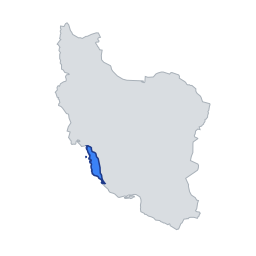 where Bushehr sits in Iran, rotated 16°
{"feature_id": "IRN-3210", "entity_name": "Bushehr", "entity_type": "Province", "adm_level": 1, "iso_a3": "IRN", "parent_name": "Iran", "parent_adm1": "", "projection": "mercator", "projection_center": [51.169, 28.786], "detail": "fine", "context": "in_parent", "style": "filled", "palette": "blue", "viewbox_px": 256, "rotation_deg": 16, "n_neighbors": 0, "source": "natural_earth", "source_scale": "10m", "svg_char_len": 5766}
<svg xmlns="http://www.w3.org/2000/svg" viewBox="0 0 256 256"><g transform="rotate(16 128 128)"><path d="M130.4,73.7L133.1,73.8L138.0,72.1L138.4,71.8L139.9,68.4L141.6,66.9L144.6,65.0L146.5,64.5L153.2,64.7L153.7,63.3L154.8,62.6L162.1,63.0L163.2,64.1L163.6,66.0L169.6,67.7L170.9,68.3L172.4,69.8L173.6,70.1L175.1,69.5L176.1,69.9L177.7,69.5L182.4,71.6L183.0,73.8L183.9,74.8L184.9,75.7L188.6,77.3L189.7,78.3L192.4,82.2L199.9,82.1L200.4,83.0L200.3,84.7L200.8,88.7L200.3,90.1L201.2,91.4L201.1,93.9L201.5,95.6L200.6,98.0L199.7,98.5L200.2,100.6L199.5,102.6L199.6,103.4L198.4,105.1L198.3,105.8L196.1,107.3L197.7,109.7L195.3,109.8L193.8,112.3L194.2,115.2L193.8,116.7L194.1,117.6L194.7,118.2L197.9,118.7L198.0,119.1L194.5,123.4L194.7,125.0L197.1,133.6L196.7,137.8L197.0,142.1L205.1,143.4L206.1,144.5L206.6,146.9L206.6,148.7L206.3,149.6L197.3,160.5L201.9,165.9L202.0,167.1L204.8,172.3L207.4,175.0L211.8,176.4L213.9,178.4L215.7,178.3L215.6,181.0L216.3,186.5L215.7,189.0L217.3,189.5L219.7,189.1L220.5,189.6L221.0,190.5L220.4,191.0L220.5,193.2L219.9,193.6L219.6,195.7L216.0,195.7L212.7,196.6L211.4,197.4L210.7,198.8L209.6,198.7L209.3,199.2L206.9,200.2L206.1,204.3L205.2,205.3L204.5,211.2L203.9,211.3L202.8,212.3L195.5,210.3L194.8,208.9L194.1,208.7L193.0,210.0L189.4,209.2L188.1,209.5L187.4,209.1L185.4,209.0L183.9,208.2L179.9,208.9L177.5,207.4L175.0,207.0L171.8,207.0L169.2,206.0L167.9,206.4L167.3,205.6L163.4,204.9L162.2,202.2L162.1,200.9L161.2,198.7L160.9,195.3L160.0,192.9L158.4,190.9L154.0,189.7L151.7,190.3L150.0,191.5L147.2,192.1L145.0,194.3L143.7,194.2L138.6,197.2L137.5,197.2L133.6,195.1L131.9,194.8L128.4,194.8L126.5,193.5L126.0,192.5L121.4,190.3L118.6,188.4L117.8,186.5L116.5,185.2L113.8,184.1L112.2,182.9L108.0,182.5L105.0,179.6L105.0,178.6L103.2,175.4L102.9,173.0L102.5,172.4L101.0,171.4L100.8,170.8L101.1,169.3L99.2,168.4L98.9,167.7L98.9,165.4L94.3,159.8L93.3,156.7L92.5,156.6L88.4,158.6L87.1,157.5L83.5,155.5L83.0,154.7L83.9,154.4L84.8,154.7L85.4,154.3L85.2,153.6L84.3,153.2L83.0,153.3L83.4,153.9L82.2,154.5L81.9,155.3L82.2,157.6L81.7,158.2L79.8,158.6L78.6,159.3L77.5,158.5L77.2,156.8L76.5,155.7L75.5,155.3L74.8,154.3L73.5,153.7L73.5,147.8L70.3,147.7L70.3,143.2L71.7,138.7L68.6,134.7L67.3,131.6L66.5,131.0L64.9,131.1L59.6,126.9L57.7,125.8L55.1,125.5L54.8,124.0L55.5,122.3L54.2,120.2L53.9,119.5L52.8,119.3L52.9,117.9L51.5,118.0L49.0,114.3L48.2,113.7L49.6,110.9L48.6,108.6L49.2,106.6L50.6,106.7L50.9,104.1L53.3,101.4L55.3,100.2L55.5,99.4L55.1,97.9L53.8,96.1L54.0,94.5L54.4,93.7L56.6,92.9L56.7,92.5L55.7,92.0L51.9,92.0L49.8,90.1L47.9,89.7L46.7,85.6L46.4,85.1L45.5,84.9L44.9,84.2L44.6,81.5L43.3,80.3L42.1,76.2L42.1,75.2L42.4,74.3L40.3,72.6L40.0,69.8L40.4,69.2L38.0,67.2L36.9,67.1L36.8,66.8L38.4,62.6L39.1,61.6L37.6,60.9L37.6,58.8L37.2,57.1L37.4,55.4L36.4,54.2L36.1,53.4L36.5,51.5L35.5,50.6L35.0,48.6L38.5,48.1L39.2,45.0L40.4,43.7L42.6,45.2L45.8,50.2L47.6,51.6L49.0,53.3L55.7,55.0L57.1,54.4L59.4,54.5L62.3,51.5L63.6,51.1L67.0,48.1L71.2,45.3L73.3,44.8L76.5,48.4L74.7,49.5L74.4,50.3L74.6,51.2L76.0,52.1L76.2,53.1L75.7,53.6L73.8,54.2L73.3,55.2L75.3,56.8L76.3,58.1L77.4,58.5L79.1,60.6L81.7,60.3L82.3,65.5L83.8,69.7L86.6,71.5L93.9,72.9L94.7,73.7L95.9,76.0L97.8,77.7L103.4,80.9L109.6,82.5L113.8,82.4L129.0,78.7L130.4,78.7L128.1,79.6L129.0,80.0L131.0,80.0L131.4,79.6L131.5,79.0L130.4,73.7ZM152.4,192.7L151.5,194.0L150.1,195.1L149.1,194.8L145.0,196.4L143.9,196.3L143.7,195.8L148.2,193.9L148.5,193.4L148.2,192.4L149.6,192.8L151.3,192.0L152.6,191.8L153.2,192.4L152.4,192.7Z" fill="#d9dde1" stroke="#a8b0b8" stroke-width="1"/><path d="M118.5,188.4L117.7,188.0L117.5,187.8L117.5,187.6L117.8,187.4L118.0,187.4L118.4,187.4L118.5,187.3L118.4,187.0L118.3,186.9L117.9,186.7L117.7,186.6L117.5,186.1L117.4,186.0L116.7,185.2L116.4,185.0L116.0,184.8L114.3,184.5L113.9,184.3L112.8,183.2L112.5,183.0L112.1,182.8L111.6,182.8L110.9,182.8L110.6,182.7L110.2,182.7L109.9,182.8L109.3,182.9L108.9,182.8L108.1,182.7L107.9,182.6L107.8,182.4L107.5,182.3L107.1,182.2L106.9,181.9L106.7,181.6L106.4,181.4L106.4,181.7L106.2,181.7L106.0,181.1L105.8,180.8L105.6,180.4L105.3,179.8L105.1,179.7L104.9,179.5L104.8,179.2L105.1,178.6L105.0,178.4L104.8,178.0L104.5,177.7L104.4,177.6L104.1,177.1L103.7,176.7L103.1,175.1L103.0,174.8L103.0,173.4L102.9,172.9L102.6,172.5L102.4,172.2L102.1,172.0L101.7,171.9L101.3,171.9L101.1,171.9L101.0,171.7L100.9,171.5L100.5,170.9L100.4,170.7L100.4,170.4L100.4,170.2L100.6,170.0L100.8,170.1L101.0,170.3L101.1,170.5L101.3,170.6L101.3,170.4L101.3,170.2L101.5,170.0L101.6,169.9L101.6,169.7L101.6,169.4L101.5,169.2L101.3,169.3L101.3,169.0L101.2,168.9L100.9,168.8L100.8,168.6L100.5,168.4L99.8,168.5L99.6,168.5L99.3,168.6L99.1,168.6L98.9,168.4L98.8,168.1L98.8,167.9L98.8,167.7L98.9,167.4L99.0,167.2L99.2,167.3L99.3,166.9L99.2,166.8L99.1,166.7L99.1,166.2L99.1,165.8L99.0,165.3L99.0,165.0L98.8,164.8L98.7,164.6L98.5,164.8L98.4,164.7L98.2,164.3L97.7,163.9L97.6,163.7L97.4,163.3L97.0,163.0L96.5,162.8L96.4,162.6L96.3,162.4L96.2,162.2L95.9,161.9L95.7,161.5L95.2,160.7L95.0,160.4L94.8,160.2L94.4,160.0L94.0,159.6L94.0,159.4L94.0,159.2L93.9,159.1L94.1,159.1L94.1,158.9L93.9,158.9L94.0,158.5L93.8,157.9L93.9,157.6L93.7,157.5L93.6,157.3L93.5,157.0L93.4,156.9L93.4,156.7L93.2,156.6L93.8,156.3L94.7,156.1L95.3,156.4L96.8,156.5L97.9,156.9L98.3,157.2L98.4,157.3L98.4,157.9L98.7,158.7L99.2,159.2L99.8,160.4L100.3,160.6L102.5,160.7L103.8,161.2L104.4,161.9L105.0,163.1L105.6,164.2L106.3,164.8L107.0,165.1L107.9,165.9L112.2,174.1L112.4,175.0L113.8,179.0L114.1,179.4L114.5,179.6L114.8,179.8L115.6,180.7L116.9,183.6L118.1,185.2L119.4,186.3L121.3,187.7L120.9,188.0L120.3,188.0L119.8,187.9L119.7,187.9L119.0,187.9L118.9,187.9L118.7,188.0L118.5,188.4ZM95.6,167.0L95.8,167.1L95.8,167.3L95.9,167.5L95.7,167.7L95.5,167.4L95.4,167.2L95.5,167.0L95.6,167.0Z" fill="#3b82f6" stroke="#1e3a8a" stroke-width="1.5"/></g></svg>